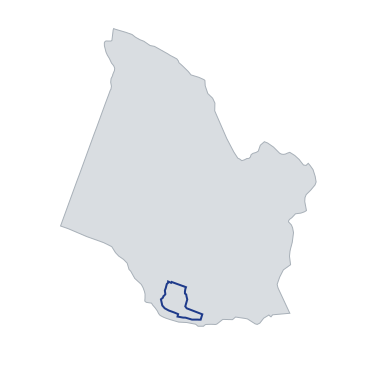 Uganda, with Nakapiripirit highlighted, rotated 110°
{"feature_id": "UGA-3128", "entity_name": "Nakapiripirit", "entity_type": "District", "adm_level": 1, "iso_a3": "UGA", "parent_name": "Uganda", "parent_adm1": "", "projection": "albers", "projection_center": [34.525, 2.013], "detail": "fine", "context": "in_parent", "style": "outline", "palette": "blue", "viewbox_px": 384, "rotation_deg": 110, "n_neighbors": 0, "source": "natural_earth", "source_scale": "10m", "svg_char_len": 2776}
<svg xmlns="http://www.w3.org/2000/svg" viewBox="0 0 384 384"><g transform="rotate(110 192 192)"><path d="M268.9,303.9L263.8,303.9L255.4,303.9L247.0,303.9L238.7,303.9L230.3,303.9L221.9,303.9L213.6,303.8L205.2,303.8L196.8,303.8L188.4,303.8L180.1,303.8L171.7,303.8L163.3,303.7L155.0,303.7L146.6,303.7L138.2,303.7L129.9,303.6L124.9,303.6L123.9,303.5L123.2,303.3L120.1,303.9L116.8,305.9L113.3,306.8L109.6,306.4L109.1,306.6L107.3,306.6L104.5,306.4L102.1,307.0L100.2,308.7L98.3,311.8L94.8,315.3L92.2,318.5L89.9,320.7L84.6,324.3L81.8,325.4L80.4,325.2L79.5,324.5L77.9,319.8L76.9,319.1L66.7,321.5L65.2,321.5L65.3,320.0L64.6,309.0L64.5,302.2L65.9,298.0L66.7,293.1L66.8,288.8L68.7,281.5L68.0,277.1L70.5,261.7L71.1,259.2L72.1,251.8L73.6,249.5L74.9,248.6L76.7,244.1L80.0,236.8L82.3,233.0L81.9,224.8L82.3,219.2L82.8,218.0L87.7,215.9L94.1,210.8L96.8,204.7L100.6,200.9L108.0,198.4L129.9,177.6L140.1,166.4L144.5,160.6L144.7,158.6L145.5,155.9L143.8,153.7L141.7,151.8L141.0,150.0L139.2,149.1L136.6,149.2L134.8,147.9L132.9,145.3L130.9,143.7L124.7,143.8L120.0,141.2L120.1,137.7L121.9,130.8L125.6,122.9L125.8,120.7L125.3,118.8L124.4,117.2L122.8,115.6L121.3,113.7L122.5,108.0L124.8,102.4L126.6,99.6L128.5,96.5L128.0,93.9L125.3,92.6L126.7,90.1L129.6,85.9L135.2,81.6L140.1,78.8L143.3,78.8L149.7,81.1L155.4,83.8L158.6,83.9L162.4,82.8L170.3,78.1L172.2,79.6L174.6,82.5L177.1,87.3L182.0,89.4L184.4,91.0L186.2,91.4L187.1,91.0L189.0,87.3L191.3,85.2L195.5,82.7L204.9,80.6L211.5,80.0L214.4,79.6L219.1,78.4L226.6,74.5L233.9,79.5L241.9,80.5L249.6,80.4L252.0,78.9L253.3,77.8L261.5,69.6L272.5,58.6L279.8,74.2L282.3,75.1L281.9,76.4L281.3,77.7L286.1,81.5L292.0,83.4L294.1,85.4L294.3,87.5L292.3,96.5L292.7,99.1L294.6,108.3L298.1,110.3L301.2,119.5L307.5,123.4L308.4,124.5L309.8,128.9L311.8,133.8L313.3,134.9L314.2,135.2L316.1,140.4L315.0,143.3L316.4,152.1L318.8,160.0L319.4,169.4L319.5,173.6L319.4,176.1L318.9,179.7L317.7,181.8L315.7,183.8L313.5,187.0L311.6,190.4L310.3,192.0L311.3,197.1L311.0,198.4L310.5,199.1L307.7,199.9L304.0,201.2L301.8,202.6L298.7,205.2L296.2,208.0L292.8,216.2L287.3,222.6L286.3,224.7L281.1,228.5L278.8,233.2L277.3,238.9L275.2,243.1L270.8,248.7L269.8,257.7L269.9,275.6L268.8,295.9L268.9,303.9Z" fill="#d9dde1" stroke="#a8b0b8" stroke-width="1"/><path d="M300.4,183.2L299.6,183.2L299.0,182.8L298.4,182.5L297.1,182.1L293.9,183.8L291.3,183.8L287.1,184.2L286.4,183.9L285.8,183.5L285.0,183.6L284.3,183.8L284.5,180.5L284.1,180.3L283.5,180.3L283.5,165.1L285.3,165.1L288.0,164.6L289.8,163.9L290.3,162.4L291.9,161.5L294.6,159.7L301.8,159.2L303.1,157.2L303.4,140.5L309.0,140.2L310.3,143.9L311.9,148.4L312.3,155.1L313.1,157.6L314.0,163.0L311.5,163.3L311.3,167.3L311.3,173.4L310.6,177.9L308.8,181.1L306.3,182.7L303.5,184.5L301.3,183.2L300.4,183.2Z" fill="none" stroke="#1e3a8a" stroke-width="2"/></g></svg>